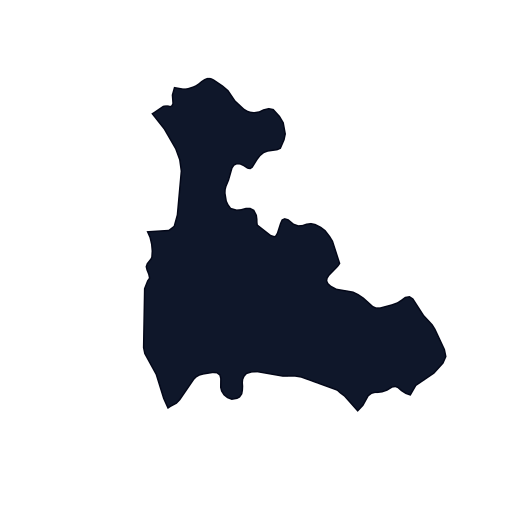 outline of Béjaïa, rotated 248°
{"feature_id": "DZA-2208", "entity_name": "Béjaïa", "entity_type": "Province", "adm_level": 1, "iso_a3": "DZA", "parent_name": "Algeria", "parent_adm1": "", "projection": "natural_earth1", "projection_center": [4.914, 36.56], "detail": "fine", "context": "isolated", "style": "filled", "palette": "ink", "viewbox_px": 512, "rotation_deg": 248, "n_neighbors": 0, "source": "natural_earth", "source_scale": "10m", "svg_char_len": 2454}
<svg xmlns="http://www.w3.org/2000/svg" viewBox="0 0 512 512"><g transform="rotate(248 256 256)"><path d="M148.1,117.5L158.6,117.1L183.6,119.2L207.2,116.4L213.2,117.5L267.4,140.5L273.5,146.3L275.3,149.1L279.3,149.8L283.9,149.8L287.2,150.3L289.6,152.4L292.5,157.5L293.8,159.0L299.4,161.7L305.9,163.7L312.8,164.8L319.0,164.6L312.3,184.8L314.1,191.3L323.5,198.5L362.7,218.6L373.8,221.4L385.5,221.8L408.2,218.6L426.7,213.2L427.1,215.5L429.4,226.1L429.0,227.9L428.0,230.5L426.5,232.5L426.7,234.3L428.4,236.2L436.5,238.8L442.6,243.5L438.1,250.7L437.1,253.1L436.5,255.7L436.1,261.2L436.2,264.1L436.9,267.5L438.0,270.9L438.7,274.4L438.7,277.3L437.7,279.8L436.8,281.0L435.0,282.6L426.1,288.6L419.8,291.9L407.6,294.5L396.7,299.6L393.5,302.0L391.5,304.3L389.5,307.8L388.3,313.1L388.6,317.7L387.8,323.0L385.3,326.8L376.6,330.0L369.3,331.1L358.2,328.8L353.3,325.5L346.8,318.9L346.7,315.4L349.0,306.1L349.1,301.8L347.7,297.3L345.2,293.1L339.8,285.7L339.3,283.4L340.2,281.8L340.9,281.0L344.4,278.6L347.4,275.8L348.8,272.5L348.6,269.6L346.7,266.7L336.7,258.9L331.8,254.1L329.2,252.2L325.9,250.7L318.0,248.9L314.1,249.1L309.6,250.2L305.7,255.2L304.4,259.5L303.8,264.6L302.3,268.3L299.2,271.0L293.6,271.5L289.8,270.5L286.9,269.4L285.1,268.9L284.2,268.7L269.6,277.1L267.4,279.7L266.9,280.6L266.9,281.5L267.6,282.6L269.1,284.5L276.9,291.0L279.6,293.8L279.7,296.5L277.5,299.3L271.4,302.6L268.0,306.5L266.7,310.6L266.5,314.7L265.4,319.0L263.0,322.6L258.3,326.7L253.6,329.5L246.4,331.5L241.0,332.4L217.8,330.7L216.4,328.6L215.8,327.5L210.8,316.2L208.8,313.5L206.5,312.1L203.5,312.2L200.1,313.8L195.1,317.9L186.1,332.4L182.0,336.1L176.7,339.7L165.4,345.2L162.7,347.8L161.2,351.7L159.7,363.8L159.5,369.6L160.4,374.3L161.6,378.9L160.7,383.0L157.4,385.3L138.0,389.0L126.2,393.5L121.1,394.4L98.7,395.6L91.7,394.3L86.7,389.2L80.8,377.0L76.2,355.7L69.4,347.0L72.5,343.5L76.7,340.5L80.9,338.4L82.8,336.4L83.6,333.2L82.6,327.1L82.9,322.0L84.0,317.9L85.1,315.0L85.5,311.6L84.4,307.6L77.5,299.1L74.4,292.3L93.0,285.7L97.6,282.9L100.8,281.4L102.0,280.3L126.9,252.6L130.1,247.3L134.7,235.8L148.2,214.1L150.2,208.6L150.7,203.1L149.0,199.7L146.6,197.3L143.7,195.8L140.3,194.7L136.8,193.1L133.6,191.1L131.5,187.9L131.2,185.1L132.3,179.9L135.4,176.6L139.3,174.4L143.7,173.6L147.4,174.1L155.5,177.5L159.1,178.0L162.4,176.1L164.3,172.2L166.4,163.0L166.9,158.8L166.4,155.2L165.1,152.1L151.4,131.5L149.4,127.0L148.7,120.4L148.1,117.5Z" fill="#0f172a" stroke="#020617" stroke-width="1.5"/></g></svg>